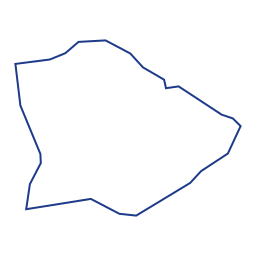 outline of Budapest
{"feature_id": "HUN-3160", "entity_name": "Budapest", "entity_type": "Capital City", "adm_level": 1, "iso_a3": "HUN", "parent_name": "Hungary", "parent_adm1": "", "projection": "robinson", "projection_center": [19.116, 47.483], "detail": "fine", "context": "isolated", "style": "outline", "palette": "blue", "viewbox_px": 256, "rotation_deg": 0, "n_neighbors": 0, "source": "natural_earth", "source_scale": "10m", "svg_char_len": 406}
<svg xmlns="http://www.w3.org/2000/svg" viewBox="0 0 256 256"><path d="M105.5,40.4L130.3,53.5L143.0,67.4L164.1,79.7L166.0,88.2L178.6,86.4L221.7,114.7L232.8,118.4L240.6,126.1L227.9,153.5L201.1,171.1L190.2,182.9L136.2,215.6L119.4,213.8L90.8,198.9L26.2,209.2L29.9,184.1L40.8,163.1L40.4,154.0L20.4,105.6L15.4,63.9L49.8,59.5L65.3,53.2L78.5,41.9L105.5,40.4Z" fill="none" stroke="#1e3a8a" stroke-width="2"/></svg>